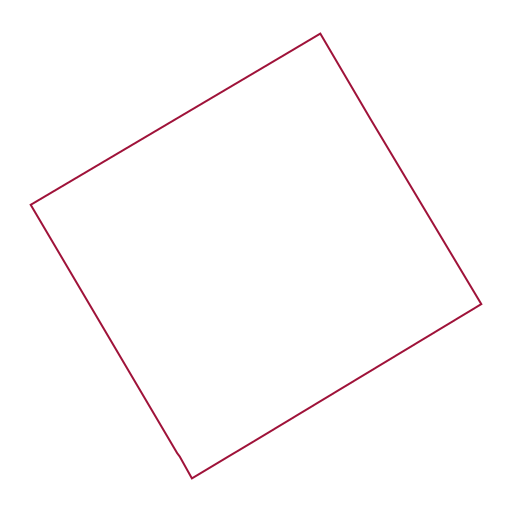 the district of Coryell, Texas, United States of America
{"feature_id": "52423323B99652996528900", "entity_name": "Coryell", "entity_type": "district", "adm_level": 2, "iso_a3": "USA", "parent_name": "United States of America", "parent_adm1": "Texas", "projection": "orthographic", "projection_center": [-97.842, 31.39], "detail": "fine", "context": "isolated", "style": "outline", "palette": "rose", "viewbox_px": 512, "rotation_deg": 0, "n_neighbors": 0, "source": "geoboundaries", "source_scale": "gbopen_adm2", "svg_char_len": 255}
<svg xmlns="http://www.w3.org/2000/svg" viewBox="0 0 512 512"><path d="M30.7,204.8L177.2,453.2L179.7,456.5L191.9,478.4L227.9,456.8L252.9,441.9L481.3,304.1L370.4,118.9L320.3,33.6L275.1,60.4L30.7,204.8Z" fill="none" stroke="#9f1239" stroke-width="2"/></svg>